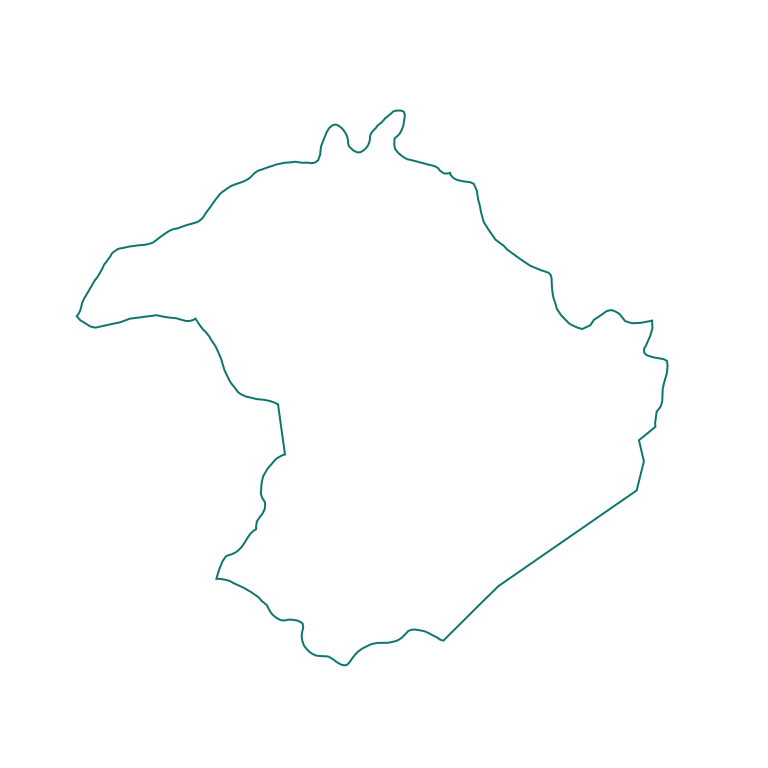 Des Blanchard, Micoud, Saint Lucia (Mercator projection), rotated 165°
{"feature_id": "8701671B70067848832200", "entity_name": "Des Blanchard", "entity_type": "district", "adm_level": 2, "iso_a3": "LCA", "parent_name": "Saint Lucia", "parent_adm1": "Micoud", "projection": "mercator", "projection_center": [-60.933, 13.812], "detail": "fine", "context": "isolated", "style": "outline", "palette": "teal", "viewbox_px": 768, "rotation_deg": 165, "n_neighbors": 0, "source": "geoboundaries", "source_scale": "gbopen_adm2", "svg_char_len": 5878}
<svg xmlns="http://www.w3.org/2000/svg" viewBox="0 0 768 768"><g transform="rotate(165 384 384)"><path d="M265.5,570.8L267.2,570.7L268.9,571.1L270.0,571.3L271.8,572.2L273.9,574.6L274.5,575.3L276.1,578.8L278.7,581.3L282.3,583.4L284.9,584.7L288.7,587.0L292.2,588.9L295.1,590.7L297.0,591.7L300.2,593.5L303.5,595.2L305.9,597.5L306.9,598.7L307.6,599.5L309.8,602.6L311.2,605.1L312.3,607.9L312.3,609.8L312.4,610.9L311.8,613.3L311.1,616.2L310.4,617.7L309.9,618.7L306.9,620.0L304.0,621.8L301.9,623.9L300.5,625.8L298.5,628.4L297.6,630.5L296.5,633.0L294.9,636.4L294.2,639.0L294.4,641.7L295.4,642.8L297.6,644.0L298.5,644.2L299.8,644.5L301.1,644.8L302.8,645.0L304.9,644.7L307.2,643.4L309.2,642.5L311.3,641.5L314.0,640.4L317.6,637.9L319.9,636.7L323.1,635.5L325.6,633.4L329.2,631.3L331.3,629.7L333.4,627.0L333.8,625.6L334.7,622.8L335.4,621.8L336.3,620.5L337.6,618.7L339.1,617.4L341.3,615.9L343.8,614.8L346.7,614.0L349.5,614.5L351.0,615.6L353.1,617.4L354.8,620.1L356.4,622.9L356.3,625.8L355.7,628.7L355.7,629.7L355.6,631.0L355.6,633.4L356.3,636.5L357.3,639.4L358.7,642.2L361.2,645.5L363.1,646.9L364.5,647.2L365.8,647.3L367.1,647.1L369.3,646.1L370.8,645.3L373.2,643.1L374.5,641.7L376.0,639.7L378.3,636.7L380.0,634.4L381.8,631.9L383.2,630.0L384.6,626.7L385.5,624.1L386.5,621.8L388.0,619.7L389.6,617.2L391.1,616.6L393.4,615.8L395.1,615.8L397.0,616.1L398.2,616.6L400.1,617.4L402.3,618.1L405.7,618.8L409.3,620.4L410.1,620.7L412.0,621.6L415.8,622.1L416.8,622.2L420.1,622.9L422.5,623.4L427.3,623.7L431.5,623.9L434.9,623.6L439.5,623.4L444.4,623.0L446.9,622.8L449.5,622.7L452.1,622.1L454.2,621.4L456.1,620.3L458.3,618.9L459.8,618.1L462.7,616.9L464.2,616.7L466.3,616.1L469.4,615.8L474.4,615.5L477.1,615.2L480.4,614.9L483.7,613.8L487.9,612.3L491.3,611.0L493.8,609.6L495.9,607.9L498.0,606.5L499.6,605.1L501.6,603.6L503.2,602.2L503.7,601.9L505.3,600.4L508.1,598.2L509.1,597.5L510.2,596.5L512.2,595.0L514.7,592.6L515.2,592.1L516.6,591.1L518.5,590.1L521.1,589.0L523.4,588.7L526.6,588.6L530.7,588.6L533.6,588.5L535.9,588.4L539.3,588.1L542.6,587.7L545.1,587.9L548.3,588.1L549.3,587.9L551.2,587.6L552.6,587.2L555.3,586.4L556.0,586.1L559.2,584.9L561.3,584.2L564.4,582.9L566.7,581.9L568.0,581.4L569.1,581.1L570.0,580.5L573.1,580.2L576.2,580.2L579.1,580.4L583.5,581.2L588.4,581.9L590.1,582.1L591.1,582.2L594.0,582.7L597.5,582.8L601.1,583.0L602.4,583.1L604.3,583.3L606.3,583.2L608.4,582.4L610.3,581.8L612.3,581.0L613.7,579.9L615.4,578.0L618.5,575.6L620.6,573.8L623.2,572.0L624.5,570.6L625.8,568.8L626.6,568.0L627.6,567.0L629.9,564.6L631.8,562.7L632.5,562.0L633.9,560.8L636.1,559.3L637.3,558.2L639.6,556.0L641.2,554.2L642.3,553.2L643.2,552.4L644.4,551.1L645.1,550.4L646.7,548.9L649.0,546.6L651.1,544.6L652.6,542.8L654.6,540.5L656.1,537.6L657.1,535.9L658.3,533.8L660.3,531.4L661.4,530.5L663.3,528.9L660.7,523.9L659.2,522.5L652.7,515.5L648.1,513.1L642.9,512.9L640.1,512.8L636.6,512.6L627.8,512.2L623.3,511.9L615.4,512.6L613.7,512.8L612.7,512.9L604.0,511.7L585.8,509.3L578.8,505.7L574.1,503.7L567.9,501.4L558.8,496.0L554.6,495.1L552.9,495.2L550.9,495.3L549.2,496.0L546.6,488.1L544.5,483.0L543.1,481.2L540.3,474.7L539.7,472.0L536.9,463.7L536.4,460.7L534.8,450.6L534.7,443.9L534.5,438.7L533.2,431.6L532.6,428.3L531.5,424.4L529.1,419.0L527.1,414.0L525.0,411.3L520.8,407.7L517.5,406.0L511.0,402.4L507.7,401.2L503.8,399.7L498.1,396.8L494.6,394.3L491.6,391.8L494.4,369.6L497.9,341.5L499.3,341.7L502.4,341.1L507.5,339.7L511.5,337.0L518.2,332.5L524.5,326.3L527.5,320.9L530.3,313.0L531.3,310.1L531.2,305.8L529.6,300.7L530.1,298.0L531.5,294.2L534.8,290.3L538.5,287.6L542.4,284.1L544.3,279.8L545.3,276.7L547.9,276.1L549.4,275.2L551.8,274.0L554.3,271.9L556.6,269.8L560.3,266.3L563.3,263.7L566.9,261.5L568.5,260.7L571.1,259.7L574.7,259.0L577.3,258.9L578.3,258.8L579.4,258.8L580.7,258.7L582.1,257.8L585.9,254.5L588.2,251.4L589.5,249.8L589.9,249.3L592.2,246.0L594.0,243.1L596.3,239.2L592.6,238.1L588.5,236.3L584.0,233.7L581.4,231.1L576.5,227.0L572.3,223.5L570.3,221.4L566.3,217.5L563.5,214.2L560.2,210.2L558.3,206.1L556.9,204.2L555.6,202.5L554.3,200.4L553.7,197.0L553.0,194.5L552.4,192.4L551.6,190.5L550.4,188.6L549.6,187.5L549.3,187.0L546.0,183.6L544.2,182.3L541.2,181.3L537.8,181.2L534.6,180.4L530.8,178.8L528.4,177.6L525.7,175.2L524.6,173.5L524.9,170.2L525.8,168.1L526.6,166.9L527.0,166.2L528.7,162.2L529.3,158.2L529.3,156.1L529.1,153.5L529.0,152.1L527.4,148.2L525.7,145.1L525.4,144.5L522.8,141.6L519.8,139.2L516.7,138.0L513.4,136.9L510.6,136.0L508.4,135.2L506.1,133.0L504.0,130.7L501.8,127.8L499.1,125.0L497.1,123.4L494.1,122.2L491.8,122.6L488.9,124.4L486.1,126.9L481.5,130.4L478.1,132.3L473.3,134.1L468.0,135.2L463.6,136.0L457.3,135.6L452.2,134.3L447.1,133.0L444.4,132.8L439.0,132.6L436.0,133.1L435.1,133.4L432.7,134.3L429.8,135.8L424.5,139.1L421.9,139.5L421.1,139.5L417.8,138.9L414.6,137.5L410.6,135.6L408.4,134.4L406.5,132.8L404.8,131.4L402.6,129.2L398.5,125.6L397.7,124.7L396.1,122.7L393.1,120.7L349.4,145.8L325.7,159.2L167.5,215.8L153.0,242.0L152.3,263.7L133.0,272.4L132.1,276.4L130.2,281.0L127.8,286.7L123.3,290.1L121.8,291.6L120.1,294.8L119.5,296.0L117.8,301.4L116.1,307.0L113.3,312.4L108.0,321.2L106.1,326.3L105.4,328.1L104.7,333.0L107.1,335.4L109.1,336.4L116.6,339.9L119.8,341.9L123.0,344.0L124.5,346.7L124.1,349.1L123.5,351.1L121.6,352.6L114.5,361.4L110.2,368.5L109.0,374.2L108.6,375.8L109.3,375.8L120.1,376.6L128.8,378.5L134.8,382.4L138.5,390.9L142.3,394.7L145.7,396.7L150.5,396.7L154.3,395.1L164.8,391.6L169.3,387.4L178.3,385.8L181.6,387.8L182.6,388.4L187.6,392.6L189.7,394.8L195.2,404.8L197.6,411.9L197.6,417.5L198.0,423.6L197.6,428.5L196.4,435.6L194.7,443.2L194.9,446.6L196.4,449.0L202.8,453.2L212.3,460.5L219.9,469.3L230.1,481.8L232.7,486.7L235.1,489.7L238.9,494.5L243.4,507.0L245.8,515.0L245.8,525.5L245.3,530.9L245.3,537.8L244.3,547.1L244.5,547.9L245.5,554.1L248.4,556.6L251.4,557.8L254.5,559.0L260.1,561.9L262.1,563.4L264.0,565.6L265.7,569.1L265.5,570.8Z" fill="none" stroke="#0f766e" stroke-width="2"/></g></svg>